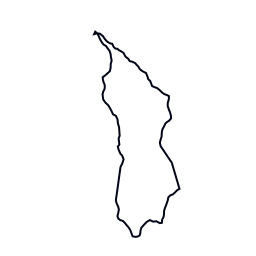 the district of Santa Fé do Sul, São Paulo, Brazil, rotated 152°
{"feature_id": "56859067B91056337618895", "entity_name": "Santa Fé do Sul", "entity_type": "district", "adm_level": 2, "iso_a3": "BRA", "parent_name": "Brazil", "parent_adm1": "São Paulo", "projection": "robinson", "projection_center": [-50.955, -20.266], "detail": "fine", "context": "isolated", "style": "outline", "palette": "ink", "viewbox_px": 256, "rotation_deg": 152, "n_neighbors": 0, "source": "geoboundaries", "source_scale": "gbopen_adm2", "svg_char_len": 1890}
<svg xmlns="http://www.w3.org/2000/svg" viewBox="0 0 256 256"><g transform="rotate(152 128 128)"><path d="M136.0,160.9L134.8,157.6L134.6,154.5L134.6,150.6L134.8,147.1L133.0,144.4L133.2,140.5L134.7,137.0L135.5,133.0L136.8,130.0L139.0,125.1L141.2,123.1L142.2,120.5L143.5,117.3L145.7,116.4L146.4,113.6L146.8,108.9L146.1,106.5L146.6,102.4L149.7,99.4L152.9,97.1L155.1,94.1L164.7,80.8L167.3,77.2L172.6,70.0L173.4,66.9L173.6,63.1L174.4,60.2L176.4,57.7L178.7,55.1L179.1,52.7L178.3,50.6L176.0,48.1L175.2,45.0L174.7,42.2L174.1,39.7L173.9,36.7L174.8,30.2L172.5,28.4L170.4,27.6L168.1,27.7L166.5,29.4L165.3,31.3L163.0,33.7L159.5,35.0L155.6,36.3L151.9,36.4L149.6,33.4L146.8,32.4L144.6,29.1L142.7,28.4L140.6,31.3L138.3,32.8L136.7,35.0L135.0,38.0L132.6,40.3L129.8,42.7L126.8,45.5L124.9,47.9L121.9,48.7L119.5,48.3L116.6,49.1L113.7,50.0L111.1,50.1L105.6,77.0L106.0,80.1L107.7,96.7L106.8,100.1L104.5,102.6L102.4,104.6L100.8,107.3L99.4,109.4L97.9,110.9L95.1,112.7L92.9,114.4L91.1,114.9L88.1,115.2L85.4,116.3L84.2,119.2L83.5,122.3L83.3,124.7L82.6,128.9L80.9,131.8L79.2,133.4L77.8,135.2L76.9,137.1L78.3,138.9L80.1,141.0L81.2,143.2L81.9,145.4L82.6,147.4L83.5,149.5L85.7,152.0L87.0,153.7L86.7,156.3L86.3,159.1L87.2,161.5L86.6,164.6L86.3,168.1L87.9,170.4L89.4,172.9L90.0,175.2L90.0,177.4L90.7,179.5L91.2,181.9L93.1,184.5L95.1,186.3L95.2,188.8L96.7,192.2L96.7,196.5L98.2,199.1L99.4,200.9L100.2,202.9L101.9,204.1L102.6,206.6L102.4,209.8L104.0,211.0L105.8,214.0L106.7,217.4L107.0,220.8L108.4,224.3L110.7,226.0L110.7,223.0L111.0,219.5L110.9,216.2L110.5,213.3L108.9,210.6L108.6,208.0L108.1,204.7L108.6,201.6L109.6,199.1L110.9,195.0L113.1,192.8L115.1,189.3L117.3,186.7L119.6,186.1L123.7,185.1L126.5,184.7L127.4,182.6L128.1,179.8L128.3,177.1L129.5,174.6L131.0,172.9L132.7,171.9L134.8,169.4L136.5,164.8L136.0,160.9ZM113.8,226.8L110.7,226.0L111.7,228.4L113.8,226.8Z" fill="none" stroke="#020617" stroke-width="2"/></g></svg>